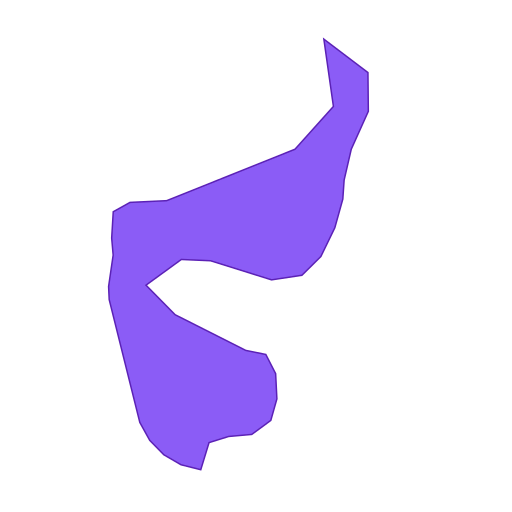 an SVG outline of North Caicos, rotated 256°
{"feature_id": "TCA-5004", "entity_name": "North Caicos", "entity_type": "state/province", "adm_level": 1, "iso_a3": "TCA", "parent_name": "Turks and Caicos Islands", "parent_adm1": "", "projection": "albers", "projection_center": [-71.96, 21.894], "detail": "fine", "context": "isolated", "style": "filled", "palette": "violet", "viewbox_px": 512, "rotation_deg": 256, "n_neighbors": 0, "source": "natural_earth", "source_scale": "10m", "svg_char_len": 607}
<svg xmlns="http://www.w3.org/2000/svg" viewBox="0 0 512 512"><g transform="rotate(256 256 256)"><path d="M92.9,230.6L83.9,208.7L87.5,185.8L86.3,165.3L62.0,150.7L71.6,132.7L85.4,118.5L102.8,108.3L122.6,103.0L249.2,103.0L262.1,105.6L291.4,117.6L308.3,120.3L333.5,128.2L338.5,146.7L331.3,182.7L350.2,319.7L382.4,367.3L450.0,374.3L406.9,409.0L369.2,400.0L336.6,374.3L308.4,359.9L290.2,354.0L264.3,339.3L239.8,318.8L226.2,295.9L229.1,265.3L262.4,210.7L270.7,182.7L254.3,142.2L218.6,163.3L166.9,223.2L158.1,241.7L137.1,246.6L112.3,241.7L92.9,230.6Z" fill="#8b5cf6" stroke="#5b21b6" stroke-width="1.5"/></g></svg>